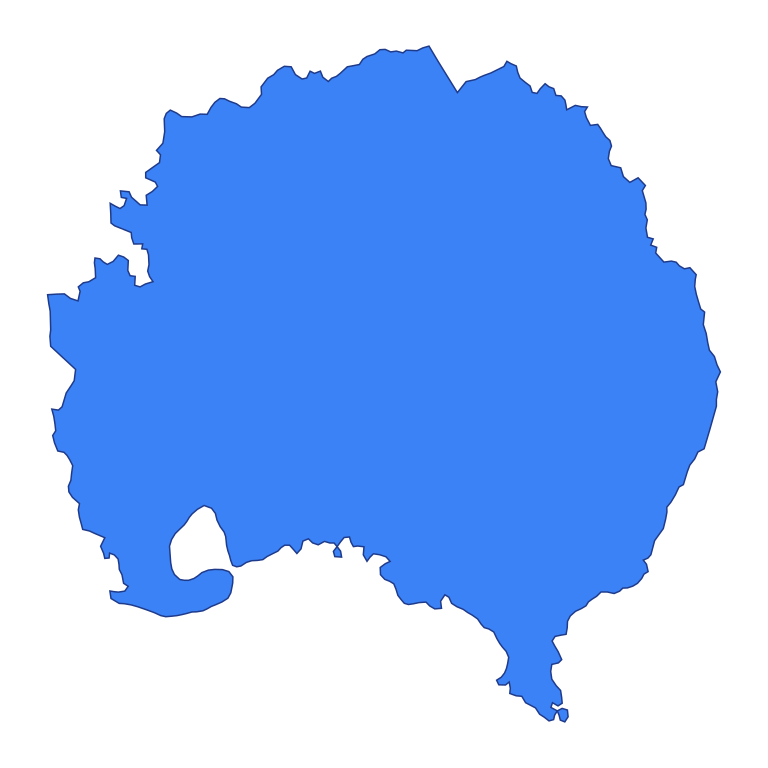 the district of São Mateus do Sul, Paraná, Brazil
{"feature_id": "56859067B3883184769095", "entity_name": "São Mateus do Sul", "entity_type": "district", "adm_level": 2, "iso_a3": "BRA", "parent_name": "Brazil", "parent_adm1": "Paraná", "projection": "orthographic", "projection_center": [-50.464, -25.928], "detail": "fine", "context": "isolated", "style": "filled", "palette": "blue", "viewbox_px": 768, "rotation_deg": 0, "n_neighbors": 0, "source": "geoboundaries", "source_scale": "gbopen_adm2", "svg_char_len": 5669}
<svg xmlns="http://www.w3.org/2000/svg" viewBox="0 0 768 768"><path d="M653.2,238.9L647.5,237.3L645.9,228.0L647.3,219.8L644.9,214.4L646.1,209.2L645.9,202.9L642.3,190.6L645.4,185.5L638.1,177.8L629.8,182.4L623.4,176.6L620.7,167.8L611.2,165.6L608.3,158.6L609.4,151.3L611.5,146.1L609.9,140.5L605.7,136.7L603.0,132.5L600.4,128.2L597.7,124.4L590.4,125.4L586.4,117.7L584.6,111.6L587.4,107.0L581.4,106.7L575.3,105.4L566.7,109.8L565.9,104.7L564.9,100.1L561.2,95.9L555.9,95.4L553.7,88.6L549.0,86.8L545.1,83.7L540.2,88.8L537.0,93.4L532.2,92.4L530.1,86.0L525.3,82.4L520.0,78.0L517.7,72.2L516.3,66.0L511.0,63.7L506.9,61.3L503.9,66.5L490.8,73.0L483.9,75.5L479.7,77.3L475.3,79.6L466.1,81.6L457.4,92.6L438.1,61.4L429.0,46.1L422.8,47.9L417.1,50.7L406.3,50.2L403.0,52.9L396.4,51.1L390.7,51.9L385.2,49.4L379.9,49.7L374.8,53.9L367.0,56.5L362.8,59.3L359.4,64.5L352.7,65.8L347.3,66.8L340.3,73.3L336.4,76.4L331.7,78.2L328.3,81.5L322.8,77.2L320.4,71.1L314.5,73.4L310.1,71.2L306.7,78.0L302.1,79.0L295.4,74.6L291.2,66.8L284.3,66.3L277.5,70.3L273.7,74.7L267.7,78.2L261.1,86.9L261.5,94.4L254.9,103.3L249.3,107.6L241.3,107.1L236.5,103.8L229.6,101.3L224.5,98.8L219.9,98.5L214.9,102.3L211.0,107.4L207.2,114.3L200.1,114.1L191.9,116.9L181.7,116.6L176.7,113.1L170.3,110.1L166.3,113.4L164.2,118.7L164.7,131.7L162.9,143.2L156.5,150.4L160.5,154.8L159.5,162.6L145.7,172.4L145.7,177.8L155.3,182.1L157.6,186.4L152.3,191.5L146.2,195.3L147.1,205.1L140.2,204.9L131.5,197.2L129.1,191.8L120.4,190.9L121.3,197.4L126.6,198.4L124.1,205.7L120.0,208.5L115.3,206.2L110.2,203.3L110.8,214.4L111.0,223.0L114.6,225.8L131.2,232.5L131.7,237.7L133.8,244.0L142.7,243.9L141.8,248.8L146.9,249.3L148.5,254.8L149.0,264.6L147.7,271.1L149.6,276.6L153.0,281.7L145.4,284.0L140.1,286.9L134.7,285.3L135.2,276.4L130.1,275.7L127.8,270.5L128.3,260.5L123.7,257.0L118.4,255.2L113.2,261.4L107.3,264.4L103.2,261.9L100.0,258.8L95.0,258.0L94.4,262.7L95.2,268.7L95.6,277.7L88.7,281.8L83.3,282.8L78.3,286.9L80.1,291.3L78.0,300.9L70.4,298.4L64.4,293.9L57.3,294.1L47.6,294.7L48.8,303.6L50.2,311.2L50.7,329.9L49.9,336.3L50.7,346.3L75.6,369.4L74.2,380.7L71.2,385.5L66.2,393.0L62.1,406.8L58.4,410.1L51.8,409.1L53.8,416.5L55.0,424.2L55.7,430.8L52.7,435.5L54.5,442.8L57.8,451.0L64.0,452.3L67.1,455.5L69.7,459.7L72.7,465.6L71.6,473.3L70.9,480.3L68.4,486.2L68.9,491.9L72.5,497.4L79.5,503.6L78.3,509.8L79.4,517.1L81.1,523.2L82.7,529.4L89.5,531.0L94.2,533.2L104.8,537.7L100.6,546.3L103.6,553.3L104.8,558.4L109.1,558.0L109.6,553.1L114.3,554.9L118.1,559.0L119.0,564.6L119.3,569.4L122.0,574.8L123.6,583.3L128.2,586.3L124.8,591.1L118.4,592.1L114.2,591.7L109.9,591.0L111.0,598.5L119.2,603.4L124.3,603.7L131.2,604.9L137.9,606.8L146.6,609.8L154.2,612.6L160.8,615.6L165.8,616.7L171.7,616.2L177.1,615.6L181.9,614.6L186.9,613.4L191.9,612.0L196.7,611.8L202.9,610.8L207.0,608.9L211.4,606.4L215.5,604.8L221.9,602.0L227.9,598.2L230.8,592.8L231.7,588.3L232.7,583.1L232.9,576.8L228.9,571.6L222.5,569.6L214.7,569.4L208.4,570.1L201.9,572.6L197.7,576.0L193.9,578.5L188.6,580.3L184.4,580.3L179.8,579.5L174.4,574.5L171.8,568.9L170.7,562.7L170.0,553.3L169.5,546.1L171.6,539.5L175.2,533.6L180.1,528.8L184.2,524.9L186.9,521.3L189.3,517.3L192.1,513.9L197.4,509.3L204.1,505.5L211.5,508.2L215.4,513.4L217.0,520.1L220.2,526.7L224.1,532.0L225.7,536.6L226.6,545.3L227.9,550.9L229.5,555.5L230.8,560.6L232.6,565.3L236.7,566.8L240.9,566.0L246.4,562.4L251.7,560.7L257.6,560.4L262.9,559.6L267.1,556.5L272.6,553.7L277.9,551.1L281.1,547.6L284.7,545.2L289.6,545.2L293.1,549.1L296.9,553.5L301.0,548.9L302.9,541.1L308.4,538.8L312.6,542.9L318.2,544.8L324.5,541.4L329.9,543.0L334.1,543.0L337.1,546.6L340.5,541.9L344.1,537.5L349.5,537.0L351.0,542.2L353.4,546.6L357.7,546.0L364.0,546.8L363.3,554.8L367.0,561.3L369.9,557.3L373.4,553.8L379.6,554.7L386.0,556.8L390.1,561.4L385.3,563.7L380.2,567.5L380.5,574.7L384.7,579.3L389.7,581.3L393.8,583.8L396.0,589.2L397.9,595.4L401.3,599.8L404.3,603.3L408.4,604.5L413.3,603.8L419.0,602.6L426.0,602.1L429.8,606.0L434.8,608.9L441.5,608.3L440.6,601.2L444.9,594.8L448.9,597.2L451.6,603.3L456.9,606.7L463.3,609.4L467.5,612.4L472.2,615.1L477.6,618.9L481.2,624.2L484.2,627.6L488.7,628.9L493.8,632.0L496.9,638.6L499.7,643.4L502.5,647.2L506.2,651.4L508.7,657.3L507.6,663.8L506.4,668.7L504.5,673.1L501.3,677.2L496.6,680.2L498.8,684.8L505.5,685.0L509.2,682.0L510.3,688.2L509.8,693.5L516.2,695.8L521.8,696.3L525.6,702.7L531.7,705.9L535.5,707.9L539.6,714.2L544.4,717.3L549.0,720.9L553.6,719.6L554.7,715.0L557.3,710.9L550.9,707.4L552.5,702.7L558.0,705.9L562.2,703.2L561.6,697.1L560.6,690.5L556.2,685.7L551.8,679.2L550.7,671.5L551.8,664.4L558.4,662.9L561.7,659.6L558.1,651.6L554.8,646.1L552.1,641.0L555.1,636.4L561.2,635.1L566.1,634.3L567.2,627.8L567.5,621.3L570.3,615.9L575.5,611.3L581.3,608.6L586.0,605.8L588.4,601.9L592.3,599.0L596.6,596.3L601.0,592.0L607.3,592.0L614.1,593.5L619.6,591.2L622.8,588.1L627.5,587.9L632.9,586.1L637.5,583.3L641.7,578.5L644.0,574.1L648.1,571.6L646.5,564.3L643.3,560.1L647.9,558.1L650.9,554.7L654.6,540.7L659.9,533.3L663.3,528.6L665.6,519.3L666.9,512.1L666.8,507.2L670.9,502.2L675.3,494.9L679.0,487.0L683.4,484.6L687.3,471.7L689.8,465.1L694.7,458.9L697.9,452.0L704.1,448.8L709.7,429.9L716.4,406.2L716.4,399.4L717.7,391.8L715.8,381.8L720.4,371.9L717.0,364.8L714.4,356.5L709.4,350.2L707.8,343.0L706.2,333.5L703.3,324.6L704.6,312.1L700.7,309.0L698.5,301.8L696.3,294.2L694.7,286.5L695.3,279.3L696.2,274.7L689.9,267.7L684.4,268.8L679.3,265.8L676.2,262.2L671.4,261.1L663.9,262.1L655.7,253.0L656.7,247.3L650.7,245.1L653.2,238.9ZM557.3,710.9L559.1,715.3L560.3,720.1L564.8,721.9L568.1,716.8L567.4,710.0L562.1,708.4L557.3,710.9ZM337.1,546.6L333.4,551.4L334.8,556.6L341.6,557.1L340.6,551.2L337.1,546.6Z" fill="#3b82f6" stroke="#1e3a8a" stroke-width="1.5"/></svg>